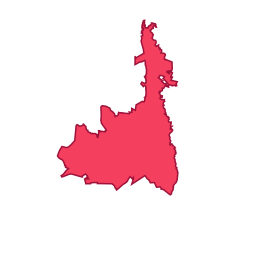 the district of Socoltenango, Chiapas, Mexico, rotated 235°
{"feature_id": "50627088B25618251914079", "entity_name": "Socoltenango", "entity_type": "district", "adm_level": 2, "iso_a3": "MEX", "parent_name": "Mexico", "parent_adm1": "Chiapas", "projection": "albers", "projection_center": [-92.326, 16.102], "detail": "fine", "context": "isolated", "style": "filled", "palette": "rose", "viewbox_px": 256, "rotation_deg": 235, "n_neighbors": 0, "source": "geoboundaries", "source_scale": "gbopen_adm2", "svg_char_len": 5998}
<svg xmlns="http://www.w3.org/2000/svg" viewBox="0 0 256 256"><g transform="rotate(235 128 128)"><path d="M195.6,191.5L193.7,190.9L192.0,189.1L191.8,188.6L183.4,185.6L181.5,184.5L180.1,184.0L180.9,174.7L182.2,174.8L182.2,174.4L181.3,174.1L180.7,173.4L180.2,173.8L179.1,172.4L175.9,170.1L175.2,176.0L174.5,176.5L173.7,180.5L171.3,179.6L171.0,179.1L169.3,178.2L168.6,178.2L164.5,176.2L163.0,174.9L162.2,174.5L160.8,172.5L160.7,171.3L160.3,171.5L160.2,171.9L159.7,171.8L159.6,171.3L159.8,170.9L159.6,170.8L158.8,171.1L158.4,170.6L157.5,170.6L156.9,170.0L156.6,170.2L156.0,169.9L155.0,168.9L155.2,168.7L154.5,167.8L155.9,166.6L157.6,165.7L156.8,163.9L153.1,164.4L153.5,165.8L152.0,166.5L150.5,165.5L150.6,165.8L150.2,165.7L150.2,165.4L149.1,164.5L147.1,163.5L144.0,161.0L143.7,160.0L143.6,160.3L141.8,158.0L140.4,156.8L140.2,156.1L141.6,155.0L142.3,147.9L138.3,144.2L141.9,142.3L140.6,141.4L140.2,141.8L139.8,140.8L138.7,140.1L140.3,138.2L139.5,138.1L138.9,137.5L142.7,132.9L143.5,132.4L143.4,132.2L144.8,130.6L144.6,130.3L144.8,130.0L146.1,129.4L145.4,128.2L144.6,127.8L144.0,126.4L144.9,124.9L144.8,124.1L146.5,124.8L147.7,125.0L150.4,124.7L151.5,124.1L153.0,124.0L154.6,124.5L158.2,122.6L160.8,120.0L161.1,118.9L160.7,117.8L153.6,113.3L149.7,110.1L147.0,109.0L139.2,109.0L138.4,108.8L138.8,107.8L138.0,107.1L141.3,103.5L140.9,103.4L141.9,102.4L142.2,102.4L141.8,102.9L142.1,103.1L142.6,102.5L142.4,102.3L141.7,102.3L141.5,101.5L140.8,101.5L139.7,100.2L140.6,99.9L139.3,99.8L137.2,97.4L138.0,97.9L138.3,97.6L140.4,98.5L141.3,98.5L142.3,97.9L143.0,96.6L143.8,96.1L144.4,94.6L145.5,94.6L147.6,93.1L149.1,93.7L149.3,93.3L150.1,93.1L151.7,93.5L153.6,94.4L154.3,94.0L156.4,93.9L156.8,93.6L156.3,93.0L156.5,90.6L157.2,89.9L157.4,89.1L159.5,88.6L160.0,88.2L159.6,86.8L148.2,77.1L147.0,72.0L146.6,68.8L146.8,67.6L147.3,66.3L150.7,63.3L149.0,59.3L147.0,56.2L145.5,54.2L143.5,54.2L142.2,54.5L139.5,55.9L137.8,56.0L133.6,55.0L133.5,54.7L132.5,55.2L132.1,54.5L131.5,54.3L129.0,56.0L128.5,52.8L127.2,48.4L127.2,45.8L125.7,45.8L123.8,53.5L122.8,55.3L114.7,61.8L114.0,62.6L114.9,63.1L114.7,66.8L111.6,67.3L111.1,65.1L109.3,66.9L108.9,66.8L111.1,63.2L106.5,61.5L103.8,65.5L104.4,66.3L100.9,71.7L100.1,71.0L91.5,82.9L88.3,83.8L86.3,83.1L85.4,83.5L84.8,83.4L84.3,83.0L83.7,83.1L84.7,92.1L84.4,93.3L84.6,96.4L86.6,100.6L87.0,101.8L83.5,102.4L84.4,103.9L83.5,103.6L79.8,98.8L79.3,114.6L75.6,114.6L73.4,115.3L70.3,114.9L68.2,118.3L63.1,117.4L61.4,120.5L59.8,120.6L59.1,120.2L59.1,120.6L58.0,120.9L57.4,121.7L49.1,124.2L49.1,125.8L50.4,126.9L51.6,129.6L53.3,130.8L53.5,131.5L54.4,131.6L54.8,132.3L55.9,135.6L55.7,136.0L57.3,138.5L62.9,143.3L63.5,143.1L64.0,143.7L65.1,144.1L66.6,144.4L67.0,144.1L67.3,145.2L69.4,144.9L71.2,146.8L73.4,147.3L75.6,148.6L76.0,148.3L77.2,148.9L77.9,149.4L78.0,150.2L79.2,150.6L79.4,151.3L79.4,152.3L79.6,152.6L79.9,152.5L80.6,153.3L81.1,152.9L82.2,154.0L84.6,153.9L84.5,155.2L85.1,155.0L85.5,155.4L87.2,154.8L89.7,154.8L89.7,153.1L89.9,152.7L90.2,152.6L90.4,152.7L90.5,154.0L91.8,153.6L92.2,154.8L93.0,155.6L94.9,155.8L95.6,156.3L96.0,157.0L97.9,157.3L98.9,157.8L99.7,159.7L99.9,161.9L100.6,163.4L102.2,163.3L102.5,163.1L102.4,162.2L103.0,162.1L104.0,163.2L104.5,164.0L104.0,164.1L104.2,165.0L104.9,163.9L105.2,163.9L106.2,164.7L106.6,165.6L106.9,165.9L107.7,165.8L107.8,166.6L108.1,166.8L108.9,165.3L109.6,164.9L110.7,165.2L111.2,165.6L111.3,166.4L111.8,166.9L113.0,166.6L114.1,167.2L114.5,166.9L114.1,167.3L114.7,167.2L115.3,166.5L116.1,166.4L116.9,166.7L117.2,167.1L118.0,166.1L118.5,165.9L118.8,166.2L118.3,167.0L118.8,167.7L120.4,167.9L121.4,168.8L122.9,169.0L123.5,168.5L124.2,169.0L125.9,169.2L126.3,170.0L126.1,170.6L127.1,170.4L128.1,171.0L128.8,172.5L128.8,173.3L129.6,173.2L130.4,174.1L131.2,172.5L132.2,171.6L132.8,171.6L133.4,171.0L133.9,171.2L134.9,172.5L134.4,173.0L134.6,173.4L134.4,173.5L134.0,173.0L133.4,173.3L134.1,174.0L134.7,174.2L134.2,175.1L135.2,173.9L136.8,173.3L137.8,173.7L138.5,173.6L138.8,174.7L139.5,174.1L139.9,174.8L138.9,177.5L140.9,178.9L140.0,179.9L141.2,182.5L138.2,184.7L139.0,185.1L141.6,183.8L141.9,184.5L142.8,184.5L143.6,182.9L144.0,182.8L144.4,182.9L146.7,182.4L146.7,182.9L147.0,182.4L147.4,182.5L147.8,183.3L150.7,182.0L151.2,182.2L151.8,181.9L151.9,183.1L152.8,184.0L151.6,185.8L149.1,187.2L148.5,185.2L143.2,186.1L140.4,186.0L139.1,186.9L138.6,187.8L137.1,188.5L136.0,191.4L135.5,191.5L135.1,191.2L134.7,192.1L136.7,193.1L137.7,194.9L142.5,190.5L144.3,193.6L144.8,193.2L144.5,192.8L145.0,192.3L145.3,192.6L145.4,192.4L145.7,192.7L145.5,192.9L147.8,196.1L150.1,195.2L148.8,192.9L149.3,192.5L150.3,192.4L150.5,193.0L151.7,192.0L152.0,192.5L150.0,196.7L150.9,198.0L156.8,201.9L162.5,198.2L162.3,198.0L163.4,197.2L165.3,198.7L166.1,200.3L167.1,200.8L168.3,200.5L170.7,198.0L171.4,199.5L172.3,200.1L172.7,200.3L173.4,200.0L174.0,199.4L174.2,198.3L174.6,199.9L175.3,200.0L175.7,199.4L176.4,199.5L177.9,200.1L178.5,200.7L178.6,200.3L178.2,200.0L178.5,199.1L178.4,198.6L178.9,198.5L179.3,197.7L180.5,197.9L181.8,200.1L183.7,200.9L184.4,200.5L185.2,199.4L187.4,199.2L188.3,199.7L188.7,200.7L190.1,202.3L190.6,202.1L192.1,202.3L193.0,201.9L194.2,201.8L195.2,202.1L195.0,203.0L195.6,204.3L195.2,205.9L195.5,206.2L196.6,206.5L196.9,207.4L196.8,208.2L195.6,208.7L194.5,208.7L194.3,209.1L196.9,209.7L197.0,210.2L197.7,210.1L198.7,209.1L198.8,208.7L199.2,208.9L200.5,207.5L200.0,207.3L199.6,207.5L199.8,206.9L199.4,205.8L199.5,205.5L199.0,205.1L199.5,204.8L199.7,204.0L199.1,202.6L199.3,202.5L199.1,202.0L198.4,201.6L200.4,199.7L202.1,200.8L202.3,200.3L202.8,201.1L203.0,201.1L203.2,200.5L203.6,201.1L204.4,201.5L205.3,202.4L206.1,202.4L206.6,203.4L206.9,203.1L206.6,202.8L206.9,201.8L206.0,201.2L205.8,200.3L205.0,199.9L204.2,198.5L203.8,198.5L202.6,197.1L202.1,196.9L202.0,197.5L201.6,197.7L201.2,197.7L201.2,197.3L200.2,197.6L199.6,196.6L199.8,196.3L200.5,196.7L200.3,196.0L199.4,195.8L199.6,194.9L199.3,194.4L198.9,194.2L198.0,194.4L198.0,193.5L197.2,193.9L195.6,193.4L195.4,193.0L195.6,191.5Z" fill="#f43f5e" stroke="#9f1239" stroke-width="1.5"/></g></svg>